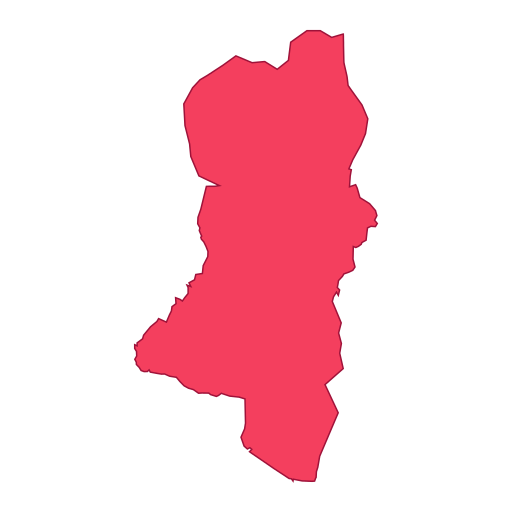 the district of Sia, Larnaca, Cyprus
{"feature_id": "46923920B35097133451695", "entity_name": "Sia", "entity_type": "district", "adm_level": 2, "iso_a3": "CYP", "parent_name": "Cyprus", "parent_adm1": "Larnaca", "projection": "robinson", "projection_center": [33.386, 34.919], "detail": "fine", "context": "isolated", "style": "filled", "palette": "rose", "viewbox_px": 512, "rotation_deg": 0, "n_neighbors": 0, "source": "geoboundaries", "source_scale": "gbopen_adm2", "svg_char_len": 2355}
<svg xmlns="http://www.w3.org/2000/svg" viewBox="0 0 512 512"><path d="M343.3,34.1L342.5,34.2L341.9,34.4L331.7,37.4L320.3,30.7L319.6,30.7L306.9,30.7L290.7,42.2L288.4,60.4L277.2,69.3L264.8,61.6L264.2,61.6L252.1,62.7L235.9,55.9L235.6,56.1L223.0,65.2L207.4,75.4L200.0,79.8L192.6,87.8L188.2,95.9L183.8,103.9L185.0,125.6L189.6,143.9L190.8,156.5L198.9,175.9L208.6,180.5L219.4,185.6L214.9,186.3L208.9,186.3L206.4,186.4L200.8,209.3L198.0,217.3L197.7,223.8L199.9,227.8L199.3,230.6L200.4,233.2L201.7,236.1L200.8,237.3L201.4,239.2L203.8,241.9L206.1,246.6L208.0,251.5L207.8,256.6L203.2,265.6L202.4,273.5L195.8,274.5L194.5,279.8L189.0,282.8L190.8,286.5L187.0,285.1L188.1,287.5L188.1,293.5L184.7,297.7L182.4,301.0L179.9,299.3L175.6,297.7L176.0,303.7L172.0,306.6L171.4,311.0L169.5,314.8L166.4,322.1L158.6,318.6L156.9,321.5L150.6,326.7L143.6,335.2L142.6,338.8L137.1,342.9L137.1,345.8L134.7,344.7L134.7,348.5L136.5,351.4L136.7,356.0L134.8,359.3L136.3,362.2L136.4,364.5L139.2,367.4L141.1,370.5L144.1,371.6L147.4,371.5L149.1,369.9L150.3,372.1L157.2,373.4L161.5,374.1L164.6,374.0L169.6,376.2L176.4,377.3L179.9,381.5L184.1,385.8L188.5,388.2L193.4,389.6L198.5,393.2L201.9,393.0L208.8,393.1L210.6,394.6L216.4,396.4L218.6,395.4L221.3,393.3L229.7,396.1L239.1,397.1L245.0,398.9L245.5,423.2L244.6,428.9L241.0,437.2L244.1,446.1L247.4,449.0L249.9,447.7L251.8,449.3L249.5,451.7L252.2,453.6L273.9,468.5L289.1,478.5L291.4,478.8L293.0,481.0L293.3,479.2L302.1,480.9L312.1,481.3L314.6,481.1L315.6,478.2L316.0,477.6L316.1,477.4L316.4,471.7L317.8,467.2L319.7,456.2L334.3,421.9L338.2,412.8L325.0,384.6L343.2,368.6L339.7,353.2L341.4,343.5L338.6,333.0L341.2,322.9L332.3,301.5L333.5,296.8L336.5,292.1L338.3,295.3L339.6,290.0L337.3,287.5L338.0,283.9L338.5,280.6L342.4,276.4L343.9,273.9L348.8,272.2L352.8,270.3L355.0,267.0L353.0,259.2L353.3,246.5L355.8,247.5L358.5,246.3L361.2,244.3L361.9,242.5L366.1,240.2L366.9,232.8L367.5,227.9L370.9,226.3L375.4,226.6L377.3,223.5L374.6,220.2L376.9,215.6L375.7,211.5L375.5,210.6L369.6,203.7L359.9,197.6L357.2,188.1L355.6,184.7L349.5,186.8L350.2,176.1L351.3,169.7L348.9,168.9L349.7,166.8L349.9,166.5L352.7,159.9L360.8,145.1L365.5,133.6L367.8,118.8L362.0,105.0L351.3,90.1L348.1,85.5L347.9,83.9L347.1,77.1L346.8,75.5L344.2,64.0L343.9,62.4L343.8,59.8L343.5,45.5L343.5,42.8L343.4,38.4L343.4,36.6L343.3,34.1Z" fill="#f43f5e" stroke="#9f1239" stroke-width="1.5"/></svg>